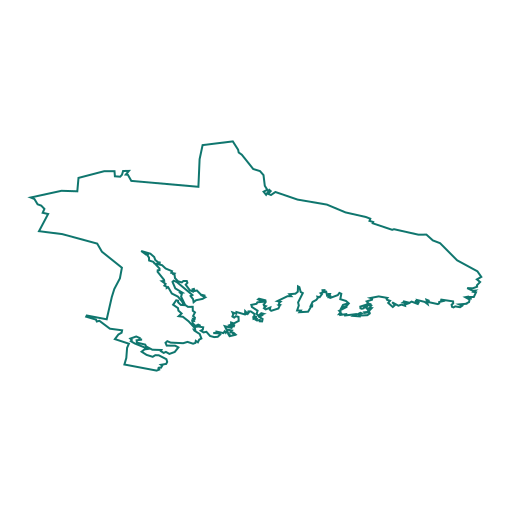 Søgne nor, Vest-Agder, Norway (Robinson projection)
{"feature_id": "86288312B80796740306495", "entity_name": "Søgne nor", "entity_type": "district", "adm_level": 2, "iso_a3": "NOR", "parent_name": "Norway", "parent_adm1": "Vest-Agder", "projection": "robinson", "projection_center": [7.753, 58.101], "detail": "fine", "context": "isolated", "style": "outline", "palette": "teal", "viewbox_px": 512, "rotation_deg": 0, "n_neighbors": 0, "source": "geoboundaries", "source_scale": "gbopen_adm2", "svg_char_len": 6109}
<svg xmlns="http://www.w3.org/2000/svg" viewBox="0 0 512 512"><path d="M440.1,243.2L432.8,240.4L426.4,234.6L418.5,234.7L394.0,229.2L392.2,229.8L372.7,223.3L373.2,222.0L369.5,220.9L370.3,218.7L365.8,217.0L345.5,212.4L326.9,204.6L297.6,199.6L275.4,192.0L271.0,195.0L268.1,193.9L270.7,191.1L269.3,189.9L266.1,194.8L263.6,191.7L267.3,189.8L264.8,185.8L263.5,175.1L260.0,171.1L253.2,169.0L241.8,154.7L238.7,152.5L238.1,149.7L232.8,141.4L202.6,145.1L199.6,159.2L198.4,186.8L131.3,180.9L127.9,174.8L125.8,174.6L128.9,170.9L123.1,171.0L122.0,174.7L120.2,176.7L114.9,176.3L114.5,171.2L104.2,171.2L78.5,177.9L77.3,191.3L61.5,190.8L30.7,197.5L34.4,199.0L37.6,204.3L41.2,205.6L44.4,208.9L42.7,212.8L48.1,214.0L39.0,231.2L62.2,234.1L97.2,243.6L101.9,251.7L121.9,267.7L119.9,278.4L114.3,289.0L111.8,297.0L106.7,319.3L86.8,315.5L86.2,316.7L96.0,319.6L96.8,321.5L99.4,320.8L109.9,328.7L122.1,330.3L121.6,332.7L118.4,334.5L114.9,339.1L128.9,343.7L127.1,347.8L126.3,358.0L124.4,364.5L156.6,370.6L159.2,369.6L158.4,368.2L159.0,367.6L161.0,367.7L162.2,365.7L161.0,364.8L166.2,363.9L167.2,361.9L166.4,359.2L158.8,355.3L155.3,355.2L152.7,356.8L146.6,354.9L141.6,351.7L144.5,349.4L148.2,348.9L134.8,343.5L130.8,341.2L131.8,340.0L130.3,338.6L136.2,336.5L139.7,338.0L139.4,339.2L142.0,339.6L136.6,340.3L136.9,342.6L145.2,344.6L146.2,346.5L152.3,349.7L161.4,350.0L160.8,351.1L163.7,352.9L165.9,351.9L169.4,353.9L174.7,352.0L178.4,347.4L175.2,345.7L166.7,345.6L165.5,342.8L167.3,341.2L170.6,342.6L183.2,343.2L187.5,341.9L193.1,343.7L195.4,342.9L195.8,340.9L197.9,342.3L199.2,339.6L201.4,338.5L199.7,334.0L194.4,330.6L193.8,329.6L195.2,329.7L194.9,328.2L188.6,321.3L182.9,316.8L178.7,316.2L181.6,313.5L178.4,310.6L178.0,308.1L173.1,304.7L176.2,300.3L178.1,300.7L178.1,302.3L180.8,304.9L183.7,305.1L182.1,301.5L177.9,296.6L171.8,293.5L168.2,287.2L166.7,288.0L166.7,286.7L164.4,285.6L165.6,283.9L161.9,281.2L164.2,280.9L164.0,279.8L157.6,271.8L157.7,270.3L159.5,270.2L159.5,268.5L153.2,261.8L149.1,260.5L149.0,257.6L147.6,255.6L148.1,254.1L146.1,254.6L141.2,251.0L150.4,253.7L154.2,257.0L155.3,260.0L158.3,262.4L157.7,262.8L159.1,262.4L160.5,262.5L156.5,263.8L162.1,265.2L165.6,268.5L172.0,271.2L171.3,272.8L174.5,273.5L173.7,274.3L174.5,274.5L175.0,278.1L178.0,281.3L181.8,282.4L183.4,281.0L186.8,281.0L187.4,282.8L185.7,284.7L189.8,290.2L192.7,291.5L192.5,289.3L193.9,288.9L194.6,291.0L196.9,290.5L200.9,294.6L205.3,295.7L203.0,296.1L205.3,297.3L202.5,298.9L196.1,300.2L193.6,302.2L193.1,299.2L190.6,296.0L192.4,295.0L176.9,282.1L173.7,280.7L172.5,281.9L175.3,288.4L182.4,292.7L180.4,293.0L181.8,294.2L181.1,296.6L185.1,304.9L188.0,306.9L192.7,306.8L192.8,310.8L195.0,312.4L193.1,316.0L194.9,317.7L194.6,319.2L193.1,318.9L193.9,320.9L192.2,320.6L192.7,323.2L196.3,326.8L198.4,326.5L197.2,325.1L198.2,324.6L199.8,325.4L199.5,326.7L203.2,327.3L202.8,329.6L200.8,330.7L203.5,332.4L206.4,331.8L210.1,336.0L214.2,337.1L217.7,336.8L220.2,334.5L218.7,333.3L213.3,333.1L216.5,332.6L216.5,331.6L223.4,333.1L224.7,331.3L225.8,332.8L227.2,330.6L228.3,333.9L230.4,334.4L228.7,334.7L229.6,336.2L234.7,335.0L233.9,334.3L235.2,334.2L233.6,332.8L230.5,332.0L231.9,330.5L226.4,329.4L224.8,326.2L232.3,328.1L229.1,325.3L231.5,324.4L232.6,325.4L231.8,326.2L233.8,326.4L234.2,325.3L231.1,323.6L231.1,322.5L233.9,323.4L238.7,320.9L238.5,316.9L235.8,316.2L234.2,317.6L232.4,316.5L233.3,314.2L232.5,312.4L236.2,313.7L236.4,312.0L245.1,314.5L246.0,314.1L245.1,313.5L245.2,311.2L247.7,313.9L249.1,312.1L247.6,311.4L250.7,311.4L254.5,313.9L254.1,316.4L256.8,317.0L253.3,317.2L253.5,318.9L255.3,318.3L256.7,318.8L255.8,319.8L257.0,320.5L259.8,320.0L259.8,321.3L262.1,321.4L262.6,319.0L259.2,316.9L261.5,315.6L260.0,315.1L263.5,313.8L261.3,313.2L258.5,315.7L256.6,313.9L257.6,310.7L251.9,307.0L251.3,304.9L256.5,303.8L257.4,302.3L263.0,301.8L258.1,299.4L259.0,298.7L265.4,300.3L265.6,301.4L263.6,301.3L265.2,302.6L263.9,304.6L263.4,303.6L264.0,305.7L265.9,306.2L264.0,308.2L265.7,309.4L270.3,307.5L269.8,309.6L271.2,310.8L278.4,308.5L279.7,305.7L278.7,305.1L279.9,304.7L279.0,304.2L279.2,302.7L280.4,301.8L277.4,301.1L287.5,296.2L291.2,296.2L289.4,294.2L295.4,293.7L297.8,291.7L298.0,286.4L299.4,287.2L300.7,292.0L302.8,293.1L298.1,302.4L298.8,305.5L297.1,310.5L300.8,310.6L299.6,312.2L308.1,311.7L311.0,306.7L312.1,306.5L312.2,305.4L310.8,305.6L312.6,301.9L316.3,299.9L317.8,298.0L317.4,296.7L319.7,297.2L321.9,294.2L320.7,293.2L322.8,292.4L322.5,290.2L324.5,290.1L324.6,293.1L324.7,291.4L326.2,291.6L327.1,295.8L329.0,295.7L328.8,294.0L330.0,294.0L328.9,296.8L331.4,296.1L329.1,297.4L330.3,297.9L337.8,295.1L339.4,292.9L341.3,293.8L340.3,299.2L345.9,300.9L348.8,303.4L346.6,305.9L346.3,303.9L343.0,304.9L341.5,307.7L346.4,306.3L346.5,307.0L339.2,310.8L340.7,312.1L339.1,314.1L341.0,314.0L340.6,314.9L347.2,314.0L344.2,315.6L356.9,314.0L353.5,315.9L359.8,316.4L359.9,314.7L357.9,314.1L360.5,312.8L361.6,313.3L360.0,313.8L360.9,315.5L367.4,315.2L369.7,313.5L369.1,312.1L364.7,312.9L364.3,312.3L369.1,311.8L366.9,308.4L369.7,308.4L370.0,309.9L371.7,308.1L369.4,307.9L371.2,305.6L368.0,304.7L371.4,304.7L369.8,303.9L367.0,304.8L367.7,305.7L366.0,307.3L367.2,307.7L364.7,307.5L365.8,306.3L364.8,306.1L363.6,308.3L361.8,308.8L360.5,308.3L360.3,306.6L366.8,304.5L368.0,302.9L366.7,301.4L372.0,299.7L372.2,298.7L370.4,298.0L378.7,296.4L387.3,297.9L386.5,298.7L387.0,299.8L390.0,300.8L388.2,302.9L392.8,307.0L394.9,305.1L392.2,302.3L398.4,305.7L401.4,304.6L405.1,305.8L404.9,304.6L407.2,303.8L403.2,302.6L404.2,302.1L403.1,301.2L409.5,302.8L411.6,301.6L417.8,304.0L418.6,302.5L414.9,300.9L417.5,301.5L417.0,300.0L424.7,301.9L427.6,304.1L426.4,299.7L428.7,300.6L429.0,302.2L437.8,304.1L439.2,303.4L439.2,302.0L443.0,301.1L440.5,299.5L453.1,301.4L453.2,303.4L451.6,304.7L452.0,306.8L453.5,307.4L455.2,306.4L460.1,307.2L462.1,305.8L459.1,304.4L467.3,303.7L466.5,303.4L469.0,302.1L469.6,299.6L465.3,297.2L468.4,296.6L470.7,298.0L470.6,297.0L473.8,297.0L476.0,292.3L473.6,291.9L475.3,290.6L472.8,290.8L467.2,288.1L472.8,288.3L477.1,286.7L476.9,285.3L480.1,282.0L476.9,279.4L481.3,276.9L477.4,271.3L457.1,260.3L440.1,243.2Z" fill="none" stroke="#0f766e" stroke-width="2"/></svg>